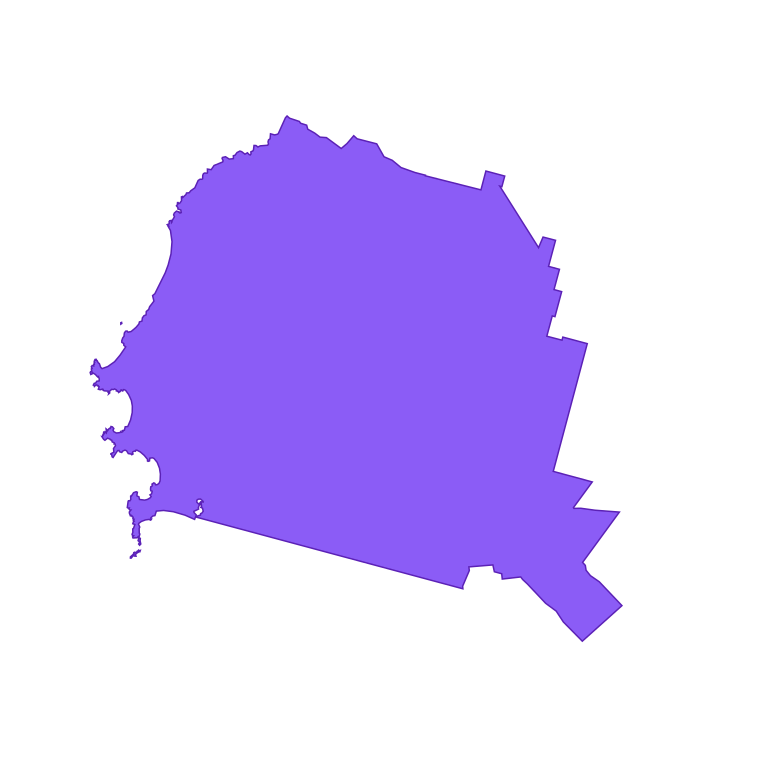 the district of Jerramungup, Western Australia, Australia, rotated 105°
{"feature_id": "25037944B23551861043119", "entity_name": "Jerramungup", "entity_type": "district", "adm_level": 2, "iso_a3": "AUS", "parent_name": "Australia", "parent_adm1": "Western Australia", "projection": "natural_earth1", "projection_center": [119.283, -34.031], "detail": "fine", "context": "isolated", "style": "filled", "palette": "violet", "viewbox_px": 768, "rotation_deg": 105, "n_neighbors": 0, "source": "geoboundaries", "source_scale": "gbopen_adm2", "svg_char_len": 6175}
<svg xmlns="http://www.w3.org/2000/svg" viewBox="0 0 768 768"><g transform="rotate(105 384 384)"><path d="M287.5,633.4L291.0,630.0L301.4,625.6L313.5,623.4L324.8,623.3L333.3,624.1L356.1,628.7L358.5,630.4L363.5,627.7L370.0,630.4L372.9,630.6L375.4,632.4L378.8,631.7L380.1,633.5L382.6,634.5L385.9,634.1L387.3,636.3L389.5,636.3L393.5,638.2L398.7,641.8L400.2,644.6L399.3,645.9L399.9,647.3L401.9,648.0L405.3,647.5L407.1,648.3L410.1,648.5L411.7,648.0L412.2,645.9L414.0,645.3L415.0,643.1L424.4,646.4L432.2,650.0L438.6,655.3L442.1,660.3L441.2,662.0L438.0,664.2L437.4,665.6L435.6,667.2L435.6,668.0L434.9,668.2L434.2,669.0L434.7,668.7L435.1,669.4L435.8,668.7L435.8,669.3L436.8,669.8L438.0,669.6L438.3,669.0L439.2,669.4L440.0,668.9L440.5,669.5L441.7,669.1L441.7,670.7L443.1,671.2L444.5,670.0L445.2,670.6L448.0,669.2L448.0,670.6L449.0,670.8L450.7,669.7L449.6,668.4L448.6,668.3L449.5,665.2L450.9,663.1L450.6,661.9L451.4,662.0L451.4,661.3L452.7,660.4L454.7,659.9L455.7,662.2L457.6,662.7L458.4,664.1L460.3,664.5L460.4,663.6L461.3,663.1L459.3,661.9L459.5,660.0L459.9,660.2L460.3,658.5L463.0,658.6L463.0,656.6L461.8,654.6L461.9,653.9L462.8,653.7L463.0,652.4L462.3,648.6L463.5,648.4L463.8,647.4L464.8,647.4L463.6,646.6L462.2,647.3L459.6,645.6L459.4,643.9L458.5,643.0L458.9,641.1L459.9,640.7L459.5,640.1L460.2,639.4L459.9,638.2L460.7,638.0L459.6,636.9L457.9,636.6L457.7,636.0L458.5,635.0L458.2,634.4L456.9,634.3L456.7,633.5L457.1,631.8L460.3,627.9L465.3,623.8L470.4,621.4L476.8,619.8L484.4,619.5L491.4,620.5L492.3,622.9L495.8,622.8L496.7,624.6L497.5,623.9L498.2,624.6L498.6,625.2L498.0,625.9L499.3,626.5L500.6,629.8L500.0,632.6L498.7,633.8L497.0,633.4L495.7,635.2L495.7,636.7L497.7,636.9L497.6,637.4L498.6,638.2L500.7,638.9L500.4,639.5L500.8,639.7L503.1,639.5L502.4,640.5L503.0,640.5L502.9,641.2L503.6,641.3L502.6,642.0L503.0,642.3L506.1,642.0L506.2,642.5L507.9,642.3L507.9,642.8L510.0,640.5L510.6,639.0L507.9,637.0L508.2,634.3L508.7,633.9L508.8,632.4L510.3,631.6L510.6,629.3L511.8,629.2L511.6,628.2L513.1,627.4L516.3,628.6L519.8,627.3L522.0,629.8L522.5,629.6L522.3,629.0L524.7,627.8L525.1,626.7L517.3,624.1L516.8,622.7L517.9,621.9L518.0,619.6L516.3,618.9L514.9,617.1L515.1,615.4L517.4,613.0L517.1,610.2L517.6,609.3L516.5,608.3L515.7,609.2L514.6,609.1L513.3,607.6L513.3,606.7L512.0,606.4L511.9,605.3L512.7,601.8L515.0,597.1L518.1,592.8L519.5,592.6L519.8,591.9L519.0,590.6L516.3,591.0L515.2,588.6L515.5,586.8L518.4,582.8L523.4,579.1L528.8,576.7L535.5,575.2L538.1,575.6L539.7,576.8L540.5,578.3L539.2,579.8L539.1,580.8L540.8,582.2L541.5,581.6L543.0,581.8L543.7,582.7L546.1,582.3L547.5,581.6L547.4,580.4L547.9,580.1L550.3,580.1L551.7,581.4L552.9,579.8L554.2,580.2L556.7,582.6L558.1,585.1L558.8,590.3L556.3,591.6L556.2,593.4L555.4,593.9L552.4,594.2L552.2,595.5L553.8,597.8L557.5,598.9L557.3,599.3L557.9,599.7L561.1,598.7L562.6,599.2L562.9,600.6L563.5,600.8L569.8,600.0L570.1,599.0L569.7,597.9L570.7,598.0L571.5,596.8L571.3,595.9L573.5,596.9L574.7,596.5L576.9,594.9L576.2,594.4L576.7,593.2L577.2,593.2L577.6,591.8L579.2,591.7L579.3,590.4L580.7,590.8L581.2,589.8L581.9,590.4L584.0,590.5L584.2,588.3L588.3,588.6L589.0,589.2L592.3,588.2L594.4,588.5L595.3,587.8L595.4,586.5L596.7,587.3L597.7,586.6L596.4,582.6L594.8,581.8L594.5,581.0L592.1,581.0L591.4,581.8L586.9,583.1L585.4,582.9L582.9,584.9L581.8,584.6L579.5,582.7L577.0,579.2L575.5,575.6L576.0,574.5L575.6,573.9L574.6,573.6L574.7,574.3L573.7,574.6L571.4,573.2L570.4,571.2L565.7,571.0L563.2,564.2L561.9,554.4L562.2,542.2L563.8,531.9L559.1,531.4L557.4,534.1L556.2,534.7L552.8,530.7L551.3,531.4L548.4,531.0L546.6,534.2L544.7,534.7L543.3,533.6L542.6,531.4L543.9,528.9L544.6,529.3L544.7,527.4L545.2,530.5L547.0,531.2L547.9,530.8L548.0,530.4L546.3,530.8L546.1,529.9L549.4,528.5L550.6,529.0L550.9,527.2L553.7,525.7L555.8,526.5L556.7,527.6L558.1,527.4L559.6,529.8L561.2,530.7L561.4,254.8L558.9,255.7L542.1,253.3L538.7,254.7L530.6,232.0L536.8,228.8L536.8,221.2L541.8,219.3L535.0,202.0L537.0,199.4L540.0,193.8L554.0,171.1L558.8,158.9L567.5,149.1L581.1,125.9L536.5,96.8L519.3,124.9L515.7,135.0L511.6,140.6L507.1,142.6L504.9,146.0L446.8,123.5L451.3,147.5L453.1,161.8L455.0,168.4L454.3,169.0L424.7,157.5L424.6,197.9L292.4,198.1L292.4,223.4L295.6,223.4L295.7,239.1L274.7,239.1L274.7,236.3L248.8,236.3L248.8,244.2L227.8,244.2L227.8,255.5L200.8,255.5L200.9,268.4L212.3,270.0L162.9,323.4L162.9,321.2L151.9,321.2L151.9,340.7L171.4,340.6L172.2,398.0L171.6,398.0L171.7,408.8L170.5,423.6L165.8,433.9L164.5,442.8L153.9,453.2L154.1,473.4L152.0,477.5L161.4,482.0L167.6,486.3L160.9,503.4L162.1,509.7L159.6,515.8L157.6,523.6L154.0,525.7L153.7,532.1L152.3,533.7L151.7,544.0L150.2,547.0L152.3,548.1L169.4,550.9L170.3,551.5L171.7,554.1L171.7,558.4L176.6,557.5L178.1,558.7L180.2,558.7L182.1,557.7L183.5,558.2L186.0,565.2L187.7,567.1L186.8,569.4L187.2,571.3L191.5,570.7L192.8,571.0L194.2,572.7L196.1,572.0L197.4,572.5L197.3,573.6L196.0,575.8L198.0,577.8L196.4,581.6L196.3,583.5L198.5,585.9L201.6,587.1L202.5,588.6L205.3,587.8L206.8,591.7L205.5,595.9L207.0,598.7L208.0,598.8L210.0,597.2L211.3,597.3L216.9,604.7L221.7,606.4L222.1,610.2L225.6,609.2L226.2,609.5L226.6,611.8L227.5,612.8L229.3,613.1L232.7,612.3L233.4,612.9L233.8,614.7L235.5,616.2L243.5,617.5L247.4,620.7L249.7,621.7L250.6,624.2L252.2,624.3L256.2,626.8L256.3,627.2L255.2,627.4L255.7,628.1L259.3,627.0L261.8,627.9L262.9,628.9L262.0,629.8L262.2,630.4L264.4,630.0L265.6,630.6L267.0,628.7L268.3,628.4L268.5,625.3L270.9,624.2L271.7,625.3L271.5,625.8L271.2,625.2L270.9,626.0L270.7,629.2L273.2,630.8L275.1,631.0L276.7,629.7L281.0,630.9L282.6,630.8L283.1,631.0L281.1,631.9L281.8,633.3L283.0,633.6L284.7,632.8L286.2,634.6L287.1,632.8L287.5,633.4ZM609.4,579.1L611.3,579.8L610.9,581.1L611.6,582.0L612.8,581.3L612.9,582.0L614.3,581.9L614.8,580.6L614.5,579.0L613.2,579.8L611.8,579.4L609.4,577.1L609.3,576.4L607.8,576.3L608.3,577.2L608.0,578.1L609.6,578.5L609.4,579.1ZM598.6,579.0L596.2,579.4L595.8,580.9L599.0,581.0L599.9,579.0L602.1,579.6L603.0,578.3L601.5,577.5L598.6,579.0ZM616.6,584.2L617.8,583.9L617.6,583.1L615.1,582.0L613.7,582.3L616.6,584.2ZM394.3,653.7L393.4,652.9L392.4,653.4L392.9,654.1L394.3,653.7ZM499.3,640.8L500.3,640.4L500.8,639.8L499.7,639.9L499.3,640.8Z" fill="#8b5cf6" stroke="#5b21b6" stroke-width="1.5"/></g></svg>